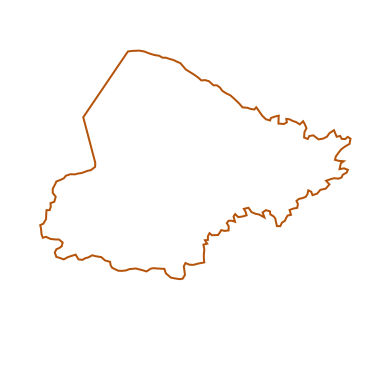 the district of Campina do Simão, Paraná, Brazil, rotated 116°
{"feature_id": "56859067B97439184576762", "entity_name": "Campina do Simão", "entity_type": "district", "adm_level": 2, "iso_a3": "BRA", "parent_name": "Brazil", "parent_adm1": "Paraná", "projection": "robinson", "projection_center": [-51.78, -25.111], "detail": "fine", "context": "isolated", "style": "outline", "palette": "amber", "viewbox_px": 384, "rotation_deg": 116, "n_neighbors": 0, "source": "geoboundaries", "source_scale": "gbopen_adm2", "svg_char_len": 2788}
<svg xmlns="http://www.w3.org/2000/svg" viewBox="0 0 384 384"><g transform="rotate(116 192 192)"><path d="M185.4,100.7L184.0,97.7L180.1,97.7L177.2,95.9L173.8,96.0L171.2,95.7L169.1,93.0L165.4,96.4L162.6,93.8L160.1,90.5L156.4,91.5L154.2,94.2L151.5,93.0L148.9,89.9L146.6,87.7L143.3,87.3L139.5,88.2L139.5,85.0L142.0,82.3L138.6,78.8L133.8,77.6L130.4,73.3L124.9,71.8L123.1,76.4L119.3,72.6L117.3,70.3L115.7,66.0L113.3,63.9L110.5,64.1L106.8,61.5L103.7,61.6L104.1,65.8L106.8,69.4L100.8,70.8L97.9,69.2L99.8,74.3L100.4,77.6L97.1,78.3L93.0,77.6L88.2,76.6L83.7,74.2L79.7,71.5L74.6,72.9L74.2,76.2L77.3,77.5L78.6,80.7L76.7,83.4L78.9,86.2L74.2,91.5L78.8,94.2L83.2,95.0L86.7,97.7L89.2,101.4L87.9,107.8L90.3,111.1L93.6,111.2L93.9,115.1L88.8,117.2L84.5,117.1L81.9,120.0L79.7,123.1L84.0,124.8L83.5,129.3L84.0,132.5L83.9,136.1L85.0,139.3L87.8,137.3L90.6,139.2L92.6,144.3L89.8,145.6L85.4,147.5L87.8,150.5L90.9,153.5L93.5,153.2L94.2,157.5L92.6,162.4L90.0,167.1L87.7,171.4L90.5,172.1L91.6,175.6L92.0,179.1L93.8,183.7L91.8,188.3L89.6,195.1L88.3,199.9L88.3,204.8L87.8,209.1L85.9,212.6L85.2,216.2L86.7,219.6L85.0,225.3L85.7,229.3L87.6,232.5L86.6,236.0L85.7,240.8L84.6,251.3L83.0,254.9L81.3,259.0L81.5,263.4L81.5,266.8L82.2,270.1L82.7,274.3L84.2,277.3L83.9,281.1L85.3,285.6L86.0,289.6L86.7,296.7L88.0,301.3L91.5,307.8L93.8,311.2L172.5,322.5L208.2,291.7L211.9,290.1L216.6,292.4L218.6,295.0L223.4,299.6L225.3,302.5L227.4,304.8L229.4,309.2L232.7,312.5L235.9,313.2L238.4,315.2L242.0,318.5L244.7,318.4L250.2,318.6L253.9,316.7L256.0,312.4L261.1,311.5L264.1,314.3L267.0,312.5L270.7,312.0L272.1,314.8L274.9,313.7L280.3,311.3L285.6,311.7L288.3,313.9L291.0,311.7L296.0,308.7L298.5,306.0L296.3,303.6L296.2,298.5L294.5,293.9L293.0,290.7L294.1,286.1L297.9,285.3L300.6,286.8L302.9,288.8L306.5,288.8L309.8,285.5L309.2,282.0L308.8,277.7L305.0,275.1L302.2,272.2L299.3,269.1L302.3,264.5L301.0,260.7L298.3,258.9L296.1,256.4L292.6,253.9L291.9,250.3L290.3,245.0L291.6,240.3L290.7,235.0L293.4,233.1L295.1,230.6L295.1,223.8L293.6,220.4L291.4,216.9L288.7,214.4L285.4,209.0L284.1,202.8L283.3,198.0L279.0,195.5L277.2,193.0L276.0,189.7L273.2,183.1L276.6,179.8L278.2,173.4L276.9,168.6L275.7,164.8L274.0,162.4L269.6,162.0L265.6,164.6L262.4,166.8L258.7,166.7L258.5,162.6L256.9,158.8L253.5,154.9L249.9,150.1L246.4,152.3L242.9,154.0L238.1,155.8L234.3,158.7L231.8,155.7L229.7,159.2L228.1,156.7L224.8,158.3L221.3,158.2L222.1,155.1L219.2,149.7L216.4,149.3L213.4,149.0L212.7,145.7L210.5,142.3L206.7,144.0L204.7,147.1L201.8,146.5L200.3,143.5L199.9,140.3L195.8,143.9L192.9,143.5L194.3,139.5L191.9,135.9L189.0,132.7L186.4,135.0L184.4,138.0L181.4,134.3L184.0,129.6L183.7,125.0L182.8,122.0L183.1,115.8L179.4,119.6L175.9,117.6L175.2,113.4L177.8,111.8L178.1,108.0L179.4,105.4L182.3,103.3L185.4,100.7Z" fill="none" stroke="#b45309" stroke-width="2"/></g></svg>